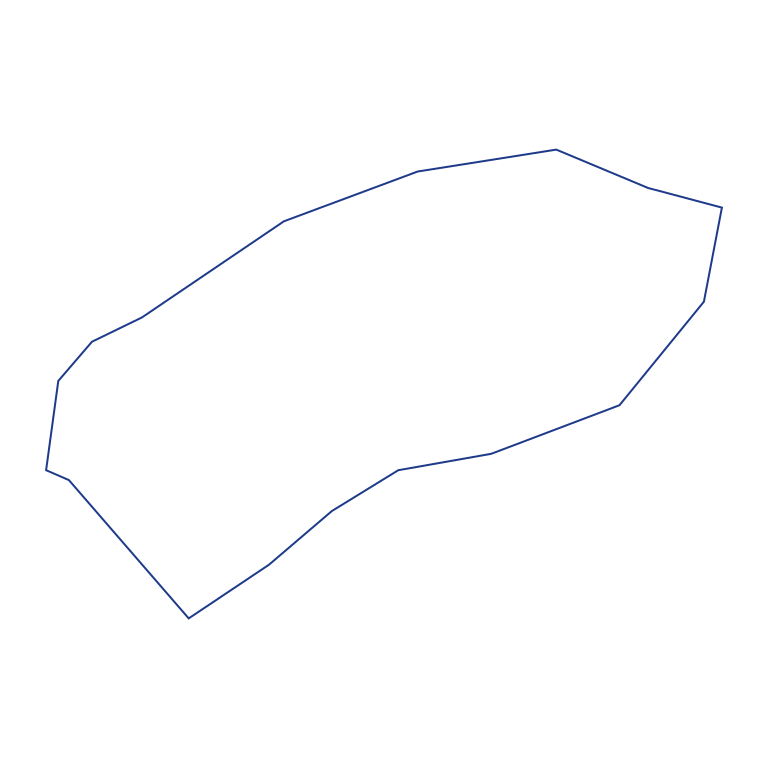 map outline of Rodrigues (Robinson projection)
{"feature_id": "MUS-5194", "entity_name": "Rodrigues", "entity_type": "Dependency", "adm_level": 1, "iso_a3": "MUS", "parent_name": "Mauritius", "parent_adm1": "", "projection": "robinson", "projection_center": [63.41, -19.719], "detail": "fine", "context": "isolated", "style": "outline", "palette": "blue", "viewbox_px": 768, "rotation_deg": 0, "n_neighbors": 0, "source": "natural_earth", "source_scale": "10m", "svg_char_len": 339}
<svg xmlns="http://www.w3.org/2000/svg" viewBox="0 0 768 768"><path d="M648.1,188.0L721.9,207.6L703.9,301.7L619.5,405.2L491.2,453.8L398.3,470.2L331.9,511.0L269.0,564.7L188.7,618.4L68.9,480.1L46.1,470.2L58.3,380.9L92.0,341.7L142.0,317.4L283.9,221.3L417.7,171.5L556.2,149.6L648.1,188.0Z" fill="none" stroke="#1e3a8a" stroke-width="2"/></svg>